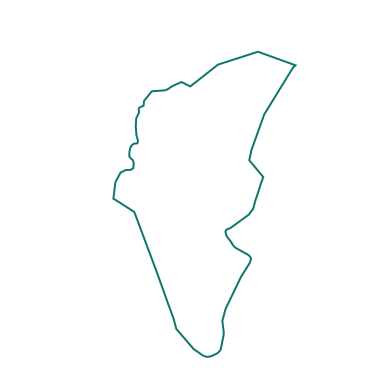 map outline of Baja Verapaz (Robinson projection), rotated 107°
{"feature_id": "GTM-1942", "entity_name": "Baja Verapaz", "entity_type": "Department", "adm_level": 1, "iso_a3": "GTM", "parent_name": "Guatemala", "parent_adm1": "", "projection": "robinson", "projection_center": [-90.369, 15.089], "detail": "fine", "context": "isolated", "style": "outline", "palette": "teal", "viewbox_px": 384, "rotation_deg": 107, "n_neighbors": 0, "source": "natural_earth", "source_scale": "10m", "svg_char_len": 1200}
<svg xmlns="http://www.w3.org/2000/svg" viewBox="0 0 384 384"><g transform="rotate(107 192 192)"><path d="M190.3,261.7L188.9,257.4L186.4,255.1L181.2,256.2L178.5,258.3L177.7,260.4L176.4,262.3L172.2,263.5L168.5,263.9L165.4,263.5L163.0,261.9L161.4,258.5L159.0,258.5L153.8,261.8L145.6,265.0L137.6,266.9L132.7,266.0L130.7,266.0L129.2,266.9L127.9,267.4L126.2,266.6L123.7,263.5L118.9,264.5L107.5,259.9L103.8,250.5L102.4,247.0L100.0,244.5L97.9,243.0L95.7,240.9L89.9,234.2L91.3,226.2L91.5,224.5L62.6,204.4L38.6,170.0L40.6,130.1L43.3,131.7L96.6,145.6L134.2,147.4L144.9,146.5L156.9,128.2L164.4,128.6L171.7,128.6L182.5,128.9L190.1,128.6L197.1,131.1L214.8,144.4L218.2,148.2L219.1,148.5L220.4,148.3L223.6,146.3L224.9,144.9L228.8,139.4L230.4,137.9L232.5,134.5L235.1,123.1L235.4,120.8L235.6,120.0L236.5,118.3L236.9,117.6L237.5,116.9L238.9,115.9L243.2,116.1L258.7,120.3L293.8,125.7L306.4,125.3L316.9,120.6L319.8,119.9L334.2,118.5L335.3,118.8L336.5,119.2L338.9,120.7L342.5,124.5L344.0,126.6L344.8,128.2L345.4,130.0L345.2,133.7L341.7,144.5L327.5,167.0L318.9,172.3L306.5,181.7L279.1,202.1L228.0,241.3L222.9,259.3L221.4,265.2L205.0,268.1L194.3,266.0L190.3,261.7Z" fill="none" stroke="#0f766e" stroke-width="2"/></g></svg>